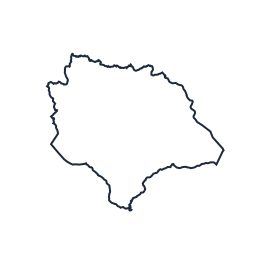 José Joaquín de Herrera, Guerrero, Mexico, rotated 311°
{"feature_id": "50627088B58931459809132", "entity_name": "José Joaquín de Herrera", "entity_type": "district", "adm_level": 2, "iso_a3": "MEX", "parent_name": "Mexico", "parent_adm1": "Guerrero", "projection": "albers", "projection_center": [-98.998, 17.441], "detail": "fine", "context": "isolated", "style": "outline", "palette": "slate", "viewbox_px": 256, "rotation_deg": 311, "n_neighbors": 0, "source": "geoboundaries", "source_scale": "gbopen_adm2", "svg_char_len": 5748}
<svg xmlns="http://www.w3.org/2000/svg" viewBox="0 0 256 256"><g transform="rotate(311 128 128)"><path d="M173.8,214.8L174.6,213.2L176.5,198.1L179.4,192.5L178.8,182.4L177.9,176.3L178.8,172.9L178.8,171.5L179.2,170.5L179.7,169.9L180.5,169.5L181.1,169.5L182.9,169.0L184.0,168.1L184.4,167.5L184.5,166.8L184.1,163.0L184.5,162.0L185.1,161.3L185.8,161.0L186.8,160.9L189.3,160.1L190.1,159.8L190.6,159.1L190.8,158.6L189.5,156.5L189.8,153.7L190.1,152.6L191.1,150.7L191.4,150.7L193.5,146.6L193.6,145.2L193.8,144.5L194.5,143.3L194.9,142.8L195.3,141.8L195.3,140.4L193.8,137.6L193.6,136.7L193.5,135.2L193.3,134.5L190.9,132.2L190.1,129.5L190.1,128.8L191.5,125.5L190.5,123.5L190.4,122.7L191.0,122.0L191.8,122.2L192.2,121.5L191.9,120.9L192.4,117.5L190.4,116.8L188.7,115.6L188.0,115.6L185.7,113.3L184.7,113.0L184.0,112.3L183.6,110.7L184.2,110.1L184.8,109.8L185.7,108.9L187.9,108.8L189.3,107.7L190.0,106.4L190.4,106.1L190.4,105.6L190.0,105.2L189.8,104.1L189.3,104.0L189.1,103.8L189.0,102.5L188.8,102.2L188.5,102.0L187.5,101.9L187.1,101.5L186.3,101.5L185.9,100.9L185.4,100.7L185.3,100.1L185.0,99.6L184.3,99.7L183.8,99.4L183.5,99.5L182.8,99.1L181.9,99.2L181.1,98.3L179.5,98.1L178.8,97.9L178.2,97.3L176.6,96.6L176.3,96.3L175.9,95.0L176.1,93.9L176.4,93.1L177.0,92.2L177.2,91.0L176.8,90.4L176.9,90.0L177.6,89.1L177.7,88.5L176.1,88.9L175.9,88.6L175.9,87.8L175.8,87.7L175.5,87.7L175.1,88.1L174.7,88.1L173.4,87.3L173.2,87.3L173.0,87.6L172.4,87.7L172.4,86.5L170.3,85.3L170.1,84.6L169.3,84.0L169.3,83.6L168.2,82.7L168.6,82.1L168.3,81.9L168.0,81.1L168.2,80.3L168.0,79.7L168.1,79.2L167.7,78.7L167.3,78.9L166.7,78.8L166.7,77.6L166.4,76.6L165.9,76.4L165.1,76.7L164.8,76.6L163.0,74.9L162.4,74.7L162.0,74.2L161.8,72.5L161.5,72.5L161.2,72.9L160.8,72.7L160.7,72.5L160.5,71.0L159.9,70.3L159.6,69.7L159.7,68.5L158.8,66.8L158.0,65.9L157.9,65.4L158.0,65.1L158.2,64.9L159.6,64.6L160.0,64.0L160.0,61.3L159.8,61.1L159.2,61.6L158.7,61.6L157.8,60.4L156.5,60.1L155.8,58.9L155.8,58.6L155.2,57.2L155.1,56.8L155.3,56.0L154.8,55.7L154.0,55.6L153.7,55.4L153.6,55.0L153.7,54.8L154.6,54.8L154.4,54.4L154.0,54.0L154.0,53.8L155.0,52.8L155.4,50.9L155.6,50.4L155.6,50.2L154.4,49.3L154.3,49.0L154.4,48.0L154.2,47.8L154.1,47.7L153.3,47.7L152.7,47.2L151.6,44.6L151.2,44.4L151.1,44.9L150.6,44.9L150.3,44.7L150.3,44.4L150.0,43.9L149.7,43.7L148.9,43.7L148.7,42.3L147.8,42.2L147.7,42.0L147.9,41.2L147.0,39.8L146.9,39.0L146.9,38.6L147.6,37.9L147.5,37.4L147.0,37.3L146.6,37.3L145.1,38.2L144.1,38.5L143.4,39.5L141.8,40.5L141.5,40.5L141.1,41.4L140.9,41.6L140.0,41.6L139.6,41.8L138.6,41.8L137.3,42.8L136.9,42.8L136.7,43.3L136.2,43.6L135.9,43.6L135.9,43.1L135.6,42.6L134.0,41.0L133.0,40.9L132.2,41.1L131.1,41.6L130.8,42.1L129.8,42.9L128.5,43.8L128.1,44.4L126.2,47.6L125.3,50.3L124.9,50.9L124.3,51.3L124.0,51.7L123.5,51.8L121.9,52.7L121.0,52.9L120.3,52.7L118.8,51.2L119.0,50.7L117.9,48.4L118.1,46.9L117.9,46.1L117.7,45.8L117.5,45.3L116.4,45.5L115.9,45.1L114.4,44.7L113.9,43.7L113.9,43.4L113.1,42.8L112.5,42.8L112.4,40.7L112.0,39.4L111.3,39.2L110.1,38.7L109.3,38.6L108.8,39.4L108.2,39.4L107.5,39.6L106.4,39.5L106.4,40.6L106.8,41.5L106.2,42.5L104.6,43.3L103.7,45.2L101.9,46.7L101.1,48.7L100.7,50.2L101.1,51.3L101.1,52.3L100.1,52.9L99.0,53.7L98.9,54.9L98.6,56.5L98.6,57.0L96.9,57.4L95.5,58.2L94.9,58.9L94.5,60.0L93.8,61.0L94.1,61.9L94.8,62.5L94.9,62.9L94.5,63.1L92.4,63.1L91.8,62.8L90.9,63.0L90.0,62.6L89.3,62.8L88.6,62.9L86.2,62.4L85.8,64.9L86.7,65.4L86.4,66.3L84.8,66.8L83.9,68.3L82.5,68.5L82.9,69.9L82.7,71.5L82.3,72.6L81.5,73.0L80.6,74.2L80.3,75.5L79.4,77.0L77.8,78.9L65.3,80.5L63.6,91.6L62.5,100.2L62.6,103.6L62.8,105.0L63.5,108.2L64.1,110.3L65.0,111.0L65.7,111.7L68.5,115.3L72.2,118.6L73.8,119.5L73.3,120.5L73.6,121.6L73.6,122.6L73.6,123.2L73.4,123.6L73.4,124.8L73.6,125.4L74.0,125.7L74.4,126.3L74.4,127.0L74.1,127.9L73.2,128.9L73.1,129.5L73.4,132.4L73.2,135.8L72.9,135.8L72.7,136.2L72.7,136.8L73.4,138.6L73.7,139.9L73.8,142.5L73.6,142.9L73.5,144.0L73.9,145.8L73.7,146.6L72.3,148.2L72.4,151.6L72.0,152.2L71.3,152.7L70.7,153.6L68.9,155.5L68.7,155.9L67.0,156.9L66.2,157.0L64.7,158.1L63.9,158.4L62.9,159.4L62.7,159.9L61.2,161.0L61.0,161.3L60.9,161.6L61.0,162.8L60.7,163.7L61.1,165.4L61.8,167.1L61.8,167.5L62.6,168.7L62.6,169.8L62.4,170.5L62.4,171.8L63.0,173.4L63.0,174.7L64.6,175.7L65.2,176.3L65.3,178.3L65.6,179.1L65.8,179.4L66.7,179.9L66.8,180.1L67.6,180.8L68.7,180.8L68.8,180.9L68.5,181.7L67.1,182.7L66.9,183.0L66.9,183.5L67.1,183.7L67.9,183.6L68.0,184.2L68.1,184.3L68.3,184.3L68.2,184.0L68.5,184.0L68.4,183.0L69.0,182.3L69.9,182.0L70.0,181.8L70.1,180.8L70.7,180.7L70.7,179.4L71.5,179.3L72.6,179.5L73.2,179.4L73.9,178.8L74.4,179.0L75.0,178.9L75.1,178.0L75.3,178.0L76.5,178.4L77.0,178.4L77.9,177.8L78.6,177.9L78.9,178.0L79.8,178.8L80.8,179.0L81.4,179.6L81.8,179.7L82.7,179.5L84.1,180.0L85.0,180.4L85.8,180.5L87.2,180.4L87.8,180.2L88.1,180.4L89.0,181.6L90.4,181.8L92.7,181.3L93.5,180.7L93.5,180.3L94.6,178.8L94.8,178.1L94.7,177.6L94.8,176.9L95.6,176.2L95.8,175.6L96.1,175.4L97.3,175.3L97.6,175.1L98.3,175.3L98.9,175.3L99.4,175.0L99.9,175.3L100.7,175.3L101.5,174.8L102.8,174.8L103.4,175.1L104.9,176.6L105.8,177.2L107.0,177.1L108.0,177.4L109.1,177.1L110.3,177.2L112.8,178.9L113.3,179.2L115.0,179.2L115.6,178.9L116.4,179.2L117.2,179.1L118.2,179.6L118.3,180.3L119.0,181.2L120.7,181.7L122.1,182.7L124.7,183.6L126.3,185.7L127.6,185.3L128.6,185.5L129.2,185.1L129.7,185.2L130.6,185.9L130.0,187.7L130.2,190.7L130.4,191.2L131.5,193.2L132.4,193.9L133.8,194.5L134.7,195.2L136.6,197.0L137.3,198.8L138.1,199.9L139.0,201.9L139.8,202.5L141.8,204.0L144.6,205.0L145.3,205.4L145.9,206.3L146.4,206.7L147.8,207.1L148.7,207.1L149.6,207.5L150.4,208.4L151.5,209.2L152.7,209.6L153.5,211.1L154.5,211.9L155.7,212.5L156.6,213.2L158.1,215.0L158.5,215.9L158.4,218.7L172.4,214.8L173.8,214.8Z" fill="none" stroke="#1e293b" stroke-width="2"/></g></svg>